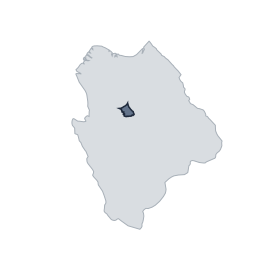 Nasarawa, Nassarawa, Nigeria shown in context, rotated 135°
{"feature_id": "59680162B9133954487337", "entity_name": "Nasarawa", "entity_type": "district", "adm_level": 2, "iso_a3": "NGA", "parent_name": "Nigeria", "parent_adm1": "Nassarawa", "projection": "equal_earth", "projection_center": [7.947, 8.329], "detail": "fine", "context": "in_parent", "style": "filled", "palette": "slate", "viewbox_px": 256, "rotation_deg": 135, "n_neighbors": 0, "source": "geoboundaries", "source_scale": "gbopen_adm2", "svg_char_len": 5576}
<svg xmlns="http://www.w3.org/2000/svg" viewBox="0 0 256 256"><g transform="rotate(135 128 128)"><path d="M191.2,48.0L197.1,58.8L198.4,66.8L198.9,70.7L199.9,71.2L201.7,71.4L203.0,72.2L203.9,73.5L204.4,74.7L204.5,75.4L204.1,80.2L203.7,82.0L204.0,84.3L203.9,85.3L203.7,86.0L202.9,86.8L201.8,87.6L199.1,89.9L198.4,90.2L197.3,90.3L196.3,90.9L195.2,92.1L192.8,96.7L190.7,101.3L189.2,108.8L187.4,111.1L187.0,113.2L186.8,117.9L186.5,119.3L186.2,119.7L184.2,120.6L183.0,121.6L182.4,123.8L181.5,131.0L181.2,132.2L180.6,133.4L179.5,134.7L178.7,135.5L176.4,136.0L174.2,141.4L174.2,142.4L173.2,147.3L171.6,151.0L171.5,153.4L169.4,156.7L168.3,158.9L169.4,161.2L169.5,161.6L165.9,165.5L165.7,166.1L165.5,168.9L165.2,169.6L164.6,170.6L163.6,171.7L162.6,172.5L161.5,173.1L160.4,173.4L159.8,173.0L159.5,172.2L158.8,168.8L158.5,168.1L157.8,167.5L155.0,163.8L153.3,162.5L153.0,162.6L152.7,163.0L152.2,164.8L151.8,165.5L150.9,165.7L149.3,165.7L148.2,165.5L147.9,165.1L147.4,163.7L143.9,167.0L142.7,167.8L141.2,171.7L139.0,173.7L137.5,175.4L133.5,180.8L132.7,182.4L131.9,184.7L130.1,194.9L127.4,201.2L127.0,202.5L126.8,202.5L126.5,203.1L125.4,202.7L124.9,201.5L124.2,201.3L123.1,199.6L122.8,199.9L124.1,204.3L123.6,206.0L120.2,206.0L117.3,206.6L115.2,206.5L114.2,205.9L113.8,204.3L113.6,204.4L113.5,205.3L112.9,206.0L110.6,206.1L109.6,205.0L108.8,203.8L107.9,203.2L108.1,203.7L109.1,205.0L108.9,206.7L107.1,208.8L105.9,208.9L105.2,208.0L104.9,206.6L104.7,204.4L104.2,203.1L103.9,203.1L104.3,205.4L104.3,207.5L105.1,209.2L103.8,209.7L102.2,209.7L102.0,209.1L101.8,207.7L101.5,207.4L101.2,209.7L97.9,210.4L97.4,210.3L97.3,209.8L97.6,209.2L97.5,208.2L96.8,209.0L96.7,210.6L96.3,210.8L95.0,210.6L93.7,209.8L91.5,207.7L88.7,204.4L88.3,202.9L87.5,201.1L86.1,196.1L86.4,195.8L87.0,196.1L87.3,195.6L86.2,195.3L85.9,194.9L85.9,193.8L85.9,192.4L87.6,191.7L88.0,190.9L88.3,190.1L86.2,191.3L84.2,189.9L83.8,189.0L84.0,188.4L86.3,188.3L87.1,187.7L86.6,187.5L85.7,187.5L85.4,187.0L85.4,186.0L85.1,186.2L84.8,187.2L83.4,187.8L82.6,187.2L82.6,185.7L82.4,185.0L81.7,184.5L79.4,180.5L76.5,177.2L73.9,174.9L70.0,173.8L61.7,173.9L61.3,173.5L61.8,173.0L62.5,172.7L65.2,170.8L64.7,170.6L62.0,171.7L61.0,171.8L59.8,174.1L51.7,174.5L51.7,173.5L52.1,170.6L52.6,168.6L52.1,166.2L51.9,164.0L52.3,163.3L52.4,162.4L52.3,156.8L52.8,155.9L52.8,155.4L51.9,152.9L52.0,151.1L51.8,149.3L51.5,148.5L51.9,141.6L51.8,139.9L52.1,138.7L52.2,135.7L52.2,132.8L52.8,128.2L56.2,127.6L57.1,125.8L57.6,123.5L57.4,121.2L58.6,119.2L59.9,117.5L59.9,115.6L60.3,115.0L60.9,114.5L61.8,114.3L62.9,113.3L63.5,111.7L64.0,109.0L63.2,107.1L63.2,106.7L63.5,105.7L64.1,104.7L64.5,104.4L65.5,104.6L65.8,104.2L66.5,101.3L66.4,100.5L65.5,98.5L65.0,93.1L64.8,92.4L64.0,91.5L62.1,87.7L62.2,85.9L63.0,83.6L63.5,82.5L64.3,81.9L64.4,81.4L64.2,80.7L63.8,80.3L63.8,79.2L64.1,77.8L64.0,76.2L64.3,68.2L65.8,66.6L68.1,64.0L69.3,61.2L69.9,59.2L70.7,52.3L72.0,51.5L74.3,49.0L77.4,47.6L79.4,47.1L82.9,47.4L84.7,47.1L86.2,45.8L86.9,45.4L87.9,45.2L96.7,48.7L97.5,48.6L98.2,48.8L99.3,49.8L101.9,53.1L104.6,58.3L105.4,59.4L106.3,60.0L107.1,60.2L107.8,60.1L108.4,59.6L109.3,58.6L110.6,58.2L111.6,58.3L117.1,54.3L117.7,54.3L121.0,55.1L125.6,59.1L129.4,61.7L132.0,62.6L135.1,63.2L140.4,63.4L144.4,57.8L145.9,56.6L147.7,55.5L151.4,54.5L157.5,53.8L163.3,54.1L166.9,55.0L170.7,56.8L172.3,58.6L174.9,58.9L176.7,58.5L177.3,56.8L179.1,54.5L181.9,52.4L184.1,51.0L186.0,50.3L187.6,48.6L188.9,48.1L191.2,48.0ZM110.8,208.4L109.6,208.9L108.7,208.8L109.9,206.5L110.4,207.0L111.2,207.2L110.8,208.4Z" fill="#d9dde1" stroke="#a8b0b8" stroke-width="1"/><path d="M113.1,135.4L112.7,136.0L112.8,136.4L112.9,136.7L113.0,137.4L112.9,138.0L112.9,138.3L112.9,138.9L113.0,139.1L112.9,139.5L112.8,140.1L112.7,140.8L112.6,141.1L112.6,142.1L112.5,142.4L112.3,142.7L112.2,142.9L112.0,143.5L111.8,144.2L111.7,144.3L111.5,144.5L111.4,144.6L111.1,144.8L111.1,145.0L111.1,145.3L111.1,145.6L110.9,145.8L112.0,145.5L112.5,145.5L112.8,145.5L113.4,145.5L113.5,145.5L114.0,145.6L114.5,145.6L115.0,145.8L115.5,146.0L115.9,146.1L116.3,146.2L116.5,146.2L116.8,146.2L117.0,146.3L117.4,146.4L117.8,146.6L118.1,146.5L118.5,146.7L118.6,146.8L119.0,147.0L119.5,147.3L119.8,147.6L120.4,148.1L120.1,147.3L119.8,147.0L119.7,146.7L119.6,146.4L119.7,146.2L119.6,145.9L119.7,145.7L119.8,145.7L119.8,145.4L119.8,145.2L119.9,144.9L120.0,144.9L120.1,145.0L120.2,144.9L120.3,144.6L120.3,144.4L120.5,144.2L120.6,143.9L120.4,143.7L120.3,143.4L120.2,143.3L120.2,143.2L120.3,143.2L120.2,143.2L120.2,142.9L120.3,142.9L120.2,142.8L120.3,142.7L120.2,142.6L120.3,142.6L120.4,142.4L120.5,142.4L120.5,142.2L120.4,142.2L120.4,141.9L120.5,142.0L120.5,141.9L120.5,141.7L120.6,141.4L120.7,141.5L120.8,141.5L120.8,141.4L120.7,141.4L120.8,141.3L120.7,141.3L120.7,141.2L120.6,140.9L120.8,140.9L120.7,140.8L120.7,140.7L120.8,140.7L120.7,140.6L120.7,140.4L120.8,140.4L120.8,140.2L120.8,140.3L121.0,140.3L121.0,140.2L121.1,139.9L121.3,139.8L121.2,139.9L121.3,139.9L121.5,139.7L121.6,139.8L121.6,139.6L121.8,139.5L121.8,139.3L121.9,139.2L122.1,139.3L122.2,139.2L122.0,138.7L121.9,138.6L121.7,138.2L121.6,137.8L121.5,137.7L121.4,137.7L121.2,137.6L121.2,137.4L121.1,137.2L120.9,137.1L120.7,137.2L120.5,136.9L120.4,136.9L120.0,136.7L119.9,136.5L119.8,136.3L119.8,136.1L119.6,136.0L119.1,135.8L118.9,135.7L118.5,135.2L118.0,134.7L117.7,134.5L117.6,134.4L117.4,134.4L117.1,134.1L116.8,133.9L116.7,133.9L116.5,134.1L116.3,134.3L116.1,134.3L115.7,134.1L115.5,133.9L115.4,133.5L115.2,133.6L115.0,133.3L114.7,133.3L114.2,133.2L113.9,133.5L113.4,134.7L113.4,135.0L113.2,135.2L113.1,135.4L113.1,135.4Z" fill="#64748b" stroke="#1e293b" stroke-width="1.5"/></g></svg>